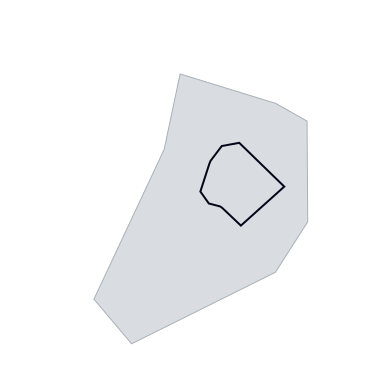 Saint George on a map of Barbados (Mercator projection), rotated 245°
{"feature_id": "BRB-1991", "entity_name": "Saint George", "entity_type": "Parish", "adm_level": 1, "iso_a3": "BRB", "parent_name": "Barbados", "parent_adm1": "", "projection": "mercator", "projection_center": [-59.543, 13.145], "detail": "fine", "context": "in_parent", "style": "outline", "palette": "ink", "viewbox_px": 384, "rotation_deg": 245, "n_neighbors": 0, "source": "natural_earth", "source_scale": "10m", "svg_char_len": 476}
<svg xmlns="http://www.w3.org/2000/svg" viewBox="0 0 384 384"><g transform="rotate(245 192 192)"><path d="M236.8,305.4L207.6,326.2L116.1,284.3L84.0,233.7L80.0,73.1L136.3,57.8L242.4,184.8L304.0,231.1L236.8,305.4Z" fill="#d9dde1" stroke="#a8b0b8" stroke-width="1"/><path d="M188.9,199.8L210.3,219.7L212.4,222.0L221.1,238.4L216.6,255.6L157.9,277.9L140.9,222.1L165.0,212.6L167.1,211.3L174.5,202.4L188.2,199.9L188.9,199.8Z" fill="none" stroke="#020617" stroke-width="2"/></g></svg>